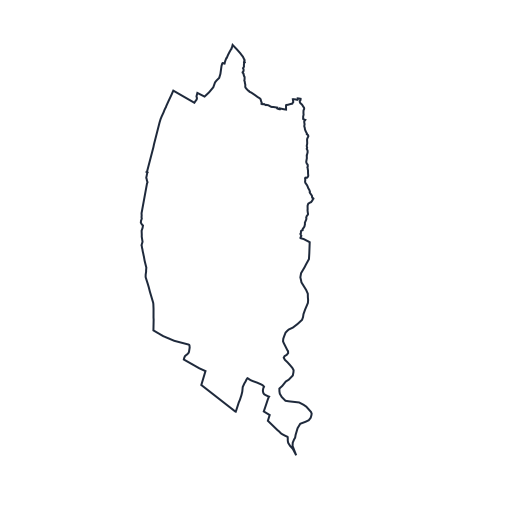 the district of Dulcesti, Neamt, Romania, rotated 55°
{"feature_id": "2599482B7069275875494", "entity_name": "Dulcesti", "entity_type": "district", "adm_level": 2, "iso_a3": "ROU", "parent_name": "Romania", "parent_adm1": "Neamt", "projection": "natural_earth1", "projection_center": [26.772, 46.976], "detail": "fine", "context": "isolated", "style": "outline", "palette": "slate", "viewbox_px": 512, "rotation_deg": 55, "n_neighbors": 0, "source": "geoboundaries", "source_scale": "gbopen_adm2", "svg_char_len": 6062}
<svg xmlns="http://www.w3.org/2000/svg" viewBox="0 0 512 512"><g transform="rotate(55 256 256)"><path d="M181.5,343.6L181.8,343.6L184.0,344.7L185.1,345.1L187.4,346.2L189.4,347.0L191.2,347.8L191.8,348.0L196.1,350.0L199.2,351.2L202.6,352.5L204.9,354.4L205.8,355.0L207.9,357.0L209.8,358.4L210.5,358.7L216.6,360.6L219.9,361.7L224.4,363.4L233.7,366.5L235.2,367.0L236.4,367.6L240.6,370.3L247.7,375.3L249.5,376.4L258.1,382.7L268.4,378.0L278.6,371.6L289.9,362.0L290.5,361.7L291.3,361.9L293.0,362.9L296.1,365.9L296.7,366.9L297.1,368.8L297.1,369.4L297.1,370.0L297.3,371.7L298.4,373.4L299.4,374.5L315.4,366.9L321.3,363.4L330.3,374.8L371.4,362.2L371.9,361.9L370.7,360.2L366.0,354.0L364.6,351.7L361.6,347.7L359.3,345.1L355.7,342.0L353.7,338.6L352.8,336.5L351.8,334.8L351.4,333.7L351.2,333.1L352.1,332.6L353.4,332.2L355.0,331.4L356.6,330.4L360.4,327.7L362.4,326.5L363.5,325.8L365.0,325.0L366.0,324.6L367.2,324.4L367.7,324.4L367.9,324.8L368.5,325.9L369.8,327.2L370.4,327.7L371.4,328.2L372.6,328.6L373.9,328.6L375.1,328.1L377.5,326.8L378.7,326.0L378.9,326.5L380.2,328.5L383.7,333.2L387.8,338.8L394.1,336.0L397.8,340.8L410.9,338.3L413.0,337.7L415.6,337.3L417.1,336.7L420.0,335.2L422.2,333.9L422.5,333.9L423.5,334.5L425.2,335.7L425.9,336.1L427.5,336.8L429.0,336.9L431.2,337.0L432.6,336.8L434.1,336.6L435.1,336.5L436.3,336.6L442.3,337.4L432.6,335.0L430.0,333.0L428.1,330.0L427.3,328.2L425.2,326.1L420.9,320.7L418.8,316.0L419.0,315.2L420.2,310.6L420.8,307.0L419.9,304.0L418.1,301.8L417.0,300.8L415.2,300.4L408.3,301.2L405.1,302.4L400.7,304.7L394.0,312.3L391.5,314.9L386.3,315.8L382.5,315.5L380.4,314.5L378.0,312.9L377.5,309.0L375.9,303.6L376.1,300.1L375.0,294.4L372.7,292.0L371.1,290.7L368.5,290.4L365.0,290.7L361.0,291.2L357.6,291.9L355.2,291.6L354.4,290.0L354.6,287.6L354.0,285.4L352.3,284.3L351.6,284.4L343.2,283.2L341.4,282.8L339.4,281.1L337.7,278.7L335.7,275.7L335.2,273.1L335.0,271.4L335.8,266.8L335.5,260.6L334.7,254.9L333.1,252.6L330.8,250.4L327.9,246.3L325.8,242.9L324.2,240.4L322.0,238.6L319.6,237.2L316.6,235.2L312.6,234.4L303.7,233.9L301.4,232.9L298.9,231.9L295.9,228.9L293.0,222.5L291.7,220.1L288.9,214.4L284.5,210.9L275.5,204.1L269.5,207.2L266.9,209.3L266.6,209.2L266.4,209.0L265.5,207.3L263.7,207.1L263.3,206.9L263.2,206.3L262.9,206.0L261.8,205.2L261.3,204.6L261.3,204.0L261.4,203.4L261.6,203.1L261.5,202.8L261.1,202.6L260.5,202.0L260.4,201.7L260.2,200.7L259.6,199.4L258.7,198.4L258.2,197.9L258.1,197.7L256.8,196.9L254.9,193.9L254.0,193.1L253.4,192.9L252.4,191.6L252.1,190.6L251.9,189.9L251.7,189.5L251.1,189.1L250.2,188.7L248.7,187.9L247.7,187.3L247.5,187.0L244.5,185.0L243.6,183.9L243.1,183.1L243.2,181.7L243.3,180.6L243.5,180.0L242.8,177.9L242.1,176.8L242.1,176.3L241.9,176.0L241.6,176.0L240.4,176.5L239.6,176.1L239.0,175.7L237.8,175.6L235.2,175.6L234.5,175.4L234.3,175.0L232.8,174.5L229.9,174.2L229.0,173.9L227.3,173.6L226.3,173.6L225.1,173.6L224.3,173.6L223.3,173.2L222.4,172.4L221.6,171.8L220.6,171.3L220.3,171.0L220.2,170.6L220.6,170.0L221.1,169.5L221.0,168.5L220.7,167.8L220.5,167.5L220.0,167.0L218.9,166.4L217.9,165.8L215.7,164.3L214.4,163.7L213.5,163.2L212.9,163.1L212.7,162.9L212.5,162.5L212.2,162.1L211.0,161.4L210.8,161.3L209.5,161.4L208.9,161.3L208.0,161.0L207.5,160.7L204.9,158.1L203.8,157.5L203.1,156.8L202.6,156.7L201.7,155.4L200.7,154.3L200.0,153.8L199.4,153.4L198.8,153.2L197.3,153.0L196.8,152.2L196.5,151.9L195.5,151.6L194.8,151.2L193.6,149.9L192.9,149.3L190.1,147.5L189.5,147.0L189.0,146.3L188.0,144.5L187.6,144.3L187.1,144.1L186.5,144.1L185.5,144.5L185.3,144.2L185.0,144.1L182.6,143.8L180.4,143.3L179.1,142.6L177.3,142.0L175.9,140.6L174.5,140.0L173.3,139.2L172.8,137.6L171.1,138.7L170.8,138.8L168.6,137.2L167.6,136.0L166.2,135.2L164.4,133.9L163.8,133.3L163.4,132.5L162.6,131.8L162.0,131.6L160.5,131.6L159.0,131.5L158.3,131.5L156.6,131.9L155.8,132.0L154.8,131.7L154.5,131.5L154.1,131.0L153.9,130.3L153.6,129.9L152.8,129.3L151.4,130.7L150.8,131.4L151.1,131.6L151.4,131.8L151.8,132.1L151.9,132.3L151.8,132.6L150.8,133.5L150.5,133.7L149.4,135.0L148.9,135.5L148.7,135.9L151.3,137.2L151.6,138.2L152.0,138.8L152.0,139.1L151.4,140.3L150.4,143.2L149.8,144.3L149.7,144.9L149.8,145.0L150.1,145.1L150.8,145.7L153.3,147.4L152.0,148.8L149.0,151.6L149.5,151.8L149.6,152.2L148.9,152.9L147.4,154.0L147.1,154.0L146.9,153.5L146.7,153.4L144.8,155.4L144.1,156.1L142.6,158.0L142.0,158.2L141.2,158.7L139.8,159.3L139.1,159.9L138.1,160.9L138.1,161.3L137.7,161.6L136.1,162.3L136.0,162.8L135.5,163.3L135.2,163.9L134.5,164.2L134.3,163.7L134.0,163.5L132.0,163.0L130.5,162.4L130.0,162.3L129.4,162.4L128.7,162.6L126.7,163.5L123.7,164.5L119.5,166.1L117.8,167.1L117.4,167.2L116.9,167.1L116.2,167.5L115.7,167.6L113.8,167.9L112.0,168.0L111.3,167.8L109.7,166.6L109.0,166.3L108.2,166.0L106.9,165.3L105.6,164.9L105.4,164.8L104.8,164.1L103.6,163.2L102.8,162.7L102.4,162.6L101.7,162.6L100.9,162.2L100.4,162.2L99.9,161.8L99.7,161.7L99.1,161.6L98.4,161.8L98.1,161.8L97.8,161.6L97.7,161.4L97.6,160.8L97.3,160.1L96.5,159.5L95.9,159.1L94.7,158.9L94.5,158.4L94.1,157.4L93.9,157.2L92.5,156.3L91.3,155.2L90.3,154.7L90.1,154.4L90.5,154.0L89.5,153.7L89.4,153.3L88.6,152.9L88.5,153.0L86.5,152.6L86.2,152.6L85.8,152.5L85.2,152.4L83.8,152.5L80.8,152.6L75.5,153.2L69.7,154.1L71.3,156.0L71.7,156.8L72.0,156.9L72.2,157.1L72.4,158.0L72.7,158.6L73.7,160.7L75.3,163.7L77.0,166.4L76.9,166.8L77.1,167.1L78.5,169.2L79.6,170.6L80.4,171.4L80.3,171.6L79.9,171.9L79.1,172.3L78.8,172.6L78.8,172.8L79.0,173.3L80.5,175.2L86.4,180.7L89.0,184.0L89.6,187.6L90.3,190.0L93.3,194.2L95.0,200.5L95.5,203.8L95.9,206.7L88.8,210.5L91.1,213.2L92.8,213.8L93.8,214.9L94.3,216.5L95.1,218.6L73.1,228.9L74.2,230.7L75.2,232.3L78.8,238.6L81.7,243.5L82.4,244.4L82.9,245.5L84.0,247.4L85.3,249.3L87.5,253.1L89.1,255.6L91.3,258.4L106.0,275.5L108.0,277.6L124.5,297.0L124.5,297.3L125.3,296.9L125.5,297.4L128.1,300.1L128.6,300.7L129.1,301.1L130.2,301.4L131.7,302.1L133.2,302.5L133.6,302.8L133.9,303.5L155.3,325.2L157.5,326.6L158.5,327.5L159.7,328.0L160.6,329.1L161.1,329.9L162.6,331.2L164.7,331.4L166.2,331.1L168.0,332.9L169.7,335.2L173.1,337.4L174.6,338.5L179.3,340.8L181.5,343.6Z" fill="none" stroke="#1e293b" stroke-width="2"/></g></svg>